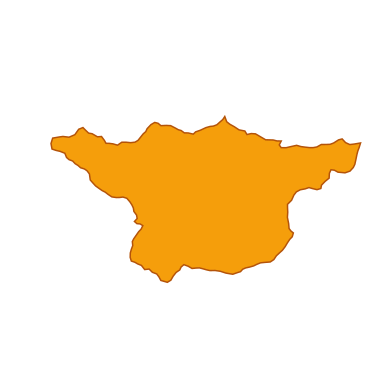 Passa Quatro, Minas Gerais, Brazil, rotated 196°
{"feature_id": "56859067B53708419118312", "entity_name": "Passa Quatro", "entity_type": "district", "adm_level": 2, "iso_a3": "BRA", "parent_name": "Brazil", "parent_adm1": "Minas Gerais", "projection": "orthographic", "projection_center": [-44.965, -22.402], "detail": "fine", "context": "isolated", "style": "filled", "palette": "amber", "viewbox_px": 384, "rotation_deg": 196, "n_neighbors": 0, "source": "geoboundaries", "source_scale": "gbopen_adm2", "svg_char_len": 2560}
<svg xmlns="http://www.w3.org/2000/svg" viewBox="0 0 384 384"><g transform="rotate(196 192 192)"><path d="M130.1,124.2L126.0,127.1L123.4,128.8L122.0,131.7L119.5,133.8L115.8,135.8L112.3,138.0L109.9,140.2L106.6,142.8L102.6,144.4L97.5,146.3L94.7,149.6L93.3,154.0L91.0,157.8L89.0,161.0L87.4,165.1L86.3,169.3L85.0,173.4L83.3,176.6L83.3,180.6L86.0,181.7L88.6,183.6L90.4,188.3L93.3,193.9L94.4,199.0L95.8,203.1L96.8,206.5L94.0,211.5L93.2,217.1L91.7,220.9L88.5,224.0L84.1,226.2L80.8,228.5L77.3,228.5L72.5,228.7L69.1,230.9L69.4,234.3L66.9,239.0L64.0,243.1L65.1,247.9L64.5,251.7L61.1,252.2L57.2,251.3L50.2,252.6L45.9,255.6L43.7,260.0L43.1,263.5L43.4,268.4L43.8,273.5L43.9,277.3L43.6,280.5L43.5,285.6L49.3,282.8L53.4,281.1L58.0,281.8L62.3,284.4L65.5,282.5L69.4,278.1L72.4,275.9L76.0,274.7L80.8,273.3L84.4,269.7L87.9,268.0L91.0,267.1L95.7,266.3L99.8,265.7L104.3,265.7L110.2,262.5L113.8,260.5L118.5,259.2L121.1,261.3L120.3,265.6L124.4,264.5L128.2,264.4L135.6,262.5L147.0,265.4L151.2,264.5L155.0,262.4L158.0,265.2L163.9,264.7L169.3,266.4L174.4,267.6L178.0,269.1L181.3,273.6L182.4,270.1L184.5,266.9L186.6,263.5L189.7,261.2L192.7,260.0L196.4,257.7L201.1,253.6L205.1,250.8L206.7,248.0L212.1,247.7L215.6,246.7L219.4,248.1L222.3,248.1L225.7,248.9L230.8,249.9L235.1,248.9L240.2,247.2L243.5,248.7L247.0,248.6L250.0,245.5L252.6,240.5L253.1,237.3L254.9,234.5L258.1,226.8L260.5,224.2L264.6,222.5L269.0,221.7L273.2,220.5L276.5,216.5L281.3,216.5L285.2,215.9L288.1,215.1L290.5,217.5L294.3,220.4L298.1,219.0L304.1,220.5L307.6,220.1L311.6,222.2L314.6,223.9L318.2,221.1L320.4,214.8L325.3,210.8L331.4,209.8L334.8,208.3L340.8,205.4L340.9,199.7L338.4,194.7L334.3,194.5L330.0,194.7L324.9,194.2L322.1,190.6L319.1,189.2L315.3,188.9L312.1,187.0L308.9,186.1L305.8,184.6L301.8,184.5L298.8,183.5L295.6,181.1L293.1,175.5L289.8,173.4L286.4,171.3L282.3,169.8L278.8,168.6L275.3,167.9L272.1,166.6L267.7,165.2L263.2,165.8L260.0,166.8L257.0,168.1L252.9,168.0L249.1,165.5L246.3,163.1L244.0,160.5L242.5,157.3L238.9,154.5L237.4,151.4L239.2,147.8L236.2,146.4L233.1,147.0L230.0,146.1L230.7,142.2L232.3,139.2L233.9,134.5L235.1,131.0L235.7,127.9L234.2,124.2L234.5,120.4L234.5,116.4L233.4,112.1L231.3,108.9L227.5,108.7L224.4,107.9L220.4,107.5L216.1,104.4L212.0,106.1L208.0,103.9L203.3,103.5L200.4,101.3L197.6,98.4L194.5,98.4L190.8,98.4L188.0,101.4L186.9,105.9L185.1,110.3L182.3,113.7L181.8,116.9L179.8,119.9L175.2,119.6L170.9,118.5L167.2,120.0L163.9,121.1L160.2,121.2L156.6,121.2L153.1,121.4L148.2,122.9L142.9,123.6L137.1,123.4L133.3,123.8L130.1,124.2Z" fill="#f59e0b" stroke="#b45309" stroke-width="1.5"/></g></svg>